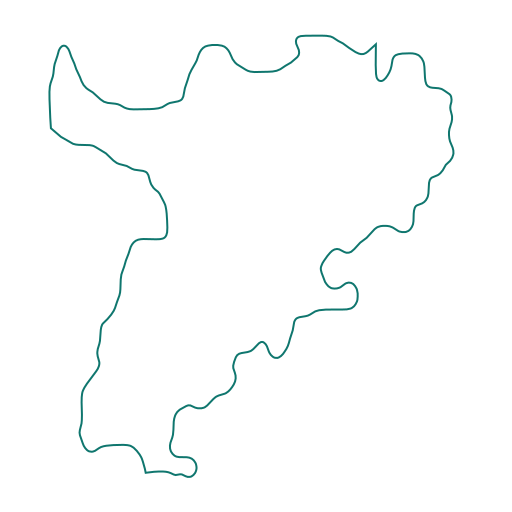 outline of Vicente Noble, Barahona, Dominican Republic, rotated 178°
{"feature_id": "3306468B17851422898431", "entity_name": "Vicente Noble", "entity_type": "district", "adm_level": 2, "iso_a3": "DOM", "parent_name": "Dominican Republic", "parent_adm1": "Barahona", "projection": "equal_earth", "projection_center": [-71.08, 18.413], "detail": "fine", "context": "isolated", "style": "outline", "palette": "teal", "viewbox_px": 512, "rotation_deg": 178, "n_neighbors": 0, "source": "geoboundaries", "source_scale": "gbopen_adm2", "svg_char_len": 6022}
<svg xmlns="http://www.w3.org/2000/svg" viewBox="0 0 512 512"><g transform="rotate(178 256 256)"><path d="M373.8,43.2L365.5,43.9L360.1,44.0L356.1,43.8L353.5,43.5L351.0,42.9L348.8,42.0L345.9,40.5L344.0,39.9L339.5,40.5L337.7,40.3L334.1,38.4L331.9,37.6L329.6,37.6L328.3,37.9L326.2,39.3L324.5,41.2L323.8,42.5L323.3,43.8L322.9,45.4L322.8,47.1L323.0,48.7L323.3,50.3L323.9,51.7L325.4,54.0L327.3,55.7L329.7,56.8L332.2,57.3L339.7,57.7L342.2,58.2L343.4,58.7L344.5,59.4L346.3,61.2L347.8,63.6L348.2,64.9L348.6,66.5L348.6,69.6L348.0,72.4L346.0,77.5L345.2,80.3L344.6,85.1L344.0,93.2L343.4,96.4L342.4,99.3L341.8,100.5L340.2,102.8L338.3,104.5L337.2,105.3L330.9,108.5L329.0,109.1L326.9,109.0L322.1,106.6L319.7,105.9L316.0,105.7L313.5,106.2L312.3,106.7L310.0,108.3L303.8,114.4L301.6,116.2L300.5,116.9L298.1,117.9L292.0,119.5L290.8,120.0L288.4,121.6L286.3,123.6L284.4,125.9L282.7,128.4L281.3,131.3L280.6,134.3L280.6,137.3L281.2,140.0L282.6,144.7L282.6,147.2L281.6,150.9L279.7,155.5L278.2,157.6L276.2,158.9L273.9,159.5L267.8,160.3L265.3,161.0L264.1,161.5L261.9,163.1L256.1,168.7L254.1,169.8L252.9,169.9L251.9,169.7L251.0,169.1L249.4,167.5L248.2,165.3L246.5,160.1L246.0,158.9L244.6,156.6L242.8,154.8L241.8,154.1L240.6,153.6L238.1,153.4L236.8,153.8L234.5,155.2L232.4,157.2L230.6,159.6L228.8,162.2L227.3,165.0L226.2,167.9L224.8,172.4L221.9,180.4L220.1,188.8L219.5,190.0L218.8,191.1L217.9,192.0L216.9,192.6L214.8,193.3L208.7,194.1L206.3,194.6L204.0,195.6L198.7,198.6L194.8,199.6L187.9,200.0L171.2,199.5L167.1,199.5L163.2,200.2L161.9,200.8L159.8,202.3L158.1,204.4L156.7,207.0L156.2,208.6L155.8,211.8L155.7,215.1L156.2,218.3L156.6,219.8L158.0,222.4L159.7,224.5L160.8,225.2L161.9,225.8L164.3,226.2L166.7,225.7L167.8,225.2L172.6,221.9L173.8,221.4L176.2,220.8L178.8,220.7L181.3,221.1L182.5,221.6L184.7,223.2L186.4,225.3L187.9,227.7L191.0,236.9L191.6,239.6L191.7,241.0L191.5,242.5L191.0,243.9L189.8,246.5L188.2,248.9L184.6,253.6L181.7,256.8L179.6,258.6L177.3,259.8L174.8,260.2L172.5,259.7L167.6,256.9L165.5,256.1L163.1,256.1L160.7,256.9L157.5,259.5L151.4,265.7L144.8,270.3L136.5,278.7L134.2,280.3L133.0,280.8L130.4,281.5L127.9,281.7L124.0,281.5L121.4,281.0L119.0,280.0L117.9,279.4L112.8,275.9L111.6,275.4L109.1,274.8L106.6,274.7L105.3,274.8L102.9,275.7L101.8,276.5L100.8,277.4L99.2,279.6L98.0,282.2L97.4,285.3L96.9,292.9L96.5,295.8L95.7,298.4L95.1,299.5L94.3,300.4L93.3,301.0L88.1,302.8L86.0,304.1L84.2,305.9L82.8,308.2L82.2,309.5L81.5,312.5L80.5,323.1L79.7,325.7L79.0,326.8L78.2,327.7L77.3,328.3L72.0,330.3L70.9,330.8L68.9,332.3L66.4,335.1L63.1,340.5L58.7,344.3L56.5,347.4L55.5,350.0L55.1,351.5L55.1,354.5L55.7,357.4L58.1,363.8L58.7,366.8L58.9,370.0L58.8,373.3L58.2,376.4L55.9,382.9L55.3,385.7L55.2,388.7L55.4,390.1L56.5,395.1L56.7,397.4L56.4,399.7L55.4,403.0L55.1,405.5L55.4,408.2L55.8,409.4L56.5,410.5L57.4,411.3L62.0,414.7L64.1,416.1L65.2,416.6L67.7,417.3L73.9,418.0L76.1,418.5L78.1,419.6L79.0,420.5L79.8,421.8L80.6,424.9L80.9,428.3L81.1,439.2L81.5,442.8L82.0,444.6L83.5,447.7L85.6,450.2L86.9,451.2L89.6,452.4L92.4,453.0L95.3,453.2L102.6,453.2L106.7,452.7L109.2,451.9L110.4,451.1L111.3,450.1L112.1,448.8L112.7,447.4L114.0,441.1L115.0,437.8L116.4,434.8L118.2,431.9L120.1,429.4L122.2,427.5L123.4,426.8L124.5,426.5L125.7,426.6L126.9,427.0L127.9,427.9L128.8,429.2L129.3,430.7L129.7,433.8L129.7,442.7L128.8,463.4L137.2,456.3L139.2,455.0L141.5,454.1L144.0,454.1L146.2,454.7L149.4,456.3L155.7,460.7L161.8,465.5L166.4,468.1L171.5,471.7L173.9,472.8L178.1,473.6L182.4,473.9L198.3,474.4L203.6,474.2L205.9,473.5L206.9,472.8L207.8,471.8L208.3,470.6L208.6,469.3L208.4,466.7L206.0,460.3L205.8,457.8L206.0,456.5L206.4,455.2L207.8,453.3L214.3,448.1L219.9,445.1L225.2,441.8L228.9,440.4L233.0,439.8L237.1,439.7L251.1,439.9L255.2,440.5L257.8,441.4L259.9,442.6L268.4,448.3L270.2,450.1L272.5,453.5L275.2,460.1L276.5,462.5L278.2,464.6L280.2,466.3L282.8,467.4L286.9,468.2L292.5,468.4L296.6,467.9L299.3,467.2L301.6,465.8L303.5,463.9L305.0,461.7L306.3,459.1L308.4,453.5L309.9,450.8L314.0,444.2L316.2,440.0L318.2,434.2L321.2,426.2L323.1,417.9L324.3,415.6L325.2,414.7L326.2,414.1L328.4,413.3L336.9,411.9L339.1,411.0L344.5,408.0L348.5,407.0L352.8,406.6L357.1,406.5L373.0,406.8L377.2,407.2L379.9,407.9L382.3,408.9L386.5,411.5L388.8,412.5L391.3,413.1L398.9,414.2L402.6,415.5L406.0,418.0L413.4,425.2L417.7,428.1L419.7,429.7L422.3,432.8L424.2,436.6L425.7,440.9L429.1,448.9L430.9,454.8L433.6,461.5L435.3,467.0L436.3,469.4L437.8,471.4L438.6,472.2L439.6,472.7L440.7,472.9L441.9,472.7L442.9,472.2L444.5,470.6L445.8,468.4L447.5,463.0L450.5,454.9L451.2,451.8L452.1,445.5L452.8,442.4L455.3,435.7L456.1,432.6L456.7,427.3L456.9,420.0L456.8,401.4L456.5,390.8L446.8,381.9L434.9,374.5L432.2,373.7L429.5,373.3L418.3,372.6L415.6,372.0L414.3,371.5L412.1,370.2L402.4,363.8L395.2,356.4L391.9,353.8L389.5,352.7L382.1,350.5L376.8,347.4L374.5,346.5L366.0,345.0L363.8,344.2L362.8,343.6L361.9,342.7L360.7,340.4L359.1,333.7L358.2,331.1L356.1,327.7L354.4,325.9L351.7,323.6L350.2,321.6L346.1,313.0L345.0,310.3L344.6,308.6L344.1,305.2L343.8,301.6L343.6,294.5L343.6,287.5L344.0,282.7L344.9,279.9L345.7,278.6L346.7,277.6L347.7,277.0L348.9,276.6L351.4,276.2L355.3,276.2L367.8,276.9L370.5,276.8L373.2,276.4L375.7,275.4L377.8,273.8L379.5,271.8L380.9,269.4L383.4,262.5L386.2,256.0L388.1,250.1L390.2,244.8L391.2,242.1L392.0,237.3L392.7,227.5L393.1,224.3L393.9,221.3L396.6,214.7L398.7,209.0L400.1,206.2L402.8,202.4L406.7,198.1L411.3,193.9L412.1,192.9L413.1,190.4L413.7,187.6L414.9,176.7L415.6,173.8L417.4,168.5L417.9,165.7L418.0,164.2L417.7,161.3L416.3,155.4L416.3,154.1L416.5,152.7L416.9,151.3L418.1,148.7L419.8,146.3L429.4,134.3L432.1,130.4L433.6,127.6L434.2,126.1L434.6,124.4L435.1,121.0L435.4,115.8L435.5,103.3L435.8,98.1L436.2,94.8L438.1,88.2L438.5,85.6L438.2,83.0L435.8,75.2L434.8,72.4L433.4,70.0L431.7,68.0L430.7,67.2L429.6,66.6L427.1,66.1L425.9,66.2L423.7,66.9L419.7,69.4L417.5,70.5L414.9,71.2L412.2,71.6L405.2,72.0L395.4,71.9L391.3,71.5L388.7,70.9L387.4,70.3L385.0,68.7L381.9,65.4L379.2,61.6L377.7,58.8L377.1,57.3L376.2,54.3L374.5,47.3L373.8,43.2Z" fill="none" stroke="#0f766e" stroke-width="2"/></g></svg>